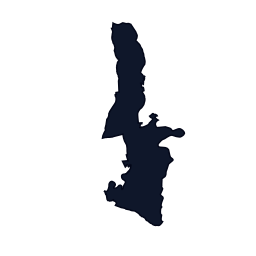 Cuci, Mures, Romania (Equal Earth projection), rotated 155°
{"feature_id": "2599482B99842368933543", "entity_name": "Cuci", "entity_type": "district", "adm_level": 2, "iso_a3": "ROU", "parent_name": "Romania", "parent_adm1": "Mures", "projection": "equal_earth", "projection_center": [24.16, 46.44], "detail": "fine", "context": "isolated", "style": "filled", "palette": "ink", "viewbox_px": 256, "rotation_deg": 155, "n_neighbors": 0, "source": "geoboundaries", "source_scale": "gbopen_adm2", "svg_char_len": 5712}
<svg xmlns="http://www.w3.org/2000/svg" viewBox="0 0 256 256"><g transform="rotate(155 128 128)"><path d="M97.2,229.4L99.8,225.0L100.1,225.0L100.8,225.2L100.9,222.7L101.3,221.3L102.0,220.5L104.0,217.4L103.6,217.3L104.6,216.0L104.7,215.9L105.0,214.5L105.1,213.0L105.5,211.4L105.5,211.1L105.3,210.5L105.3,209.2L105.7,206.9L105.8,206.4L106.5,205.3L107.7,203.8L107.8,202.3L108.5,199.1L108.5,197.0L108.1,195.9L108.3,195.3L108.1,194.9L107.3,194.4L107.5,193.1L108.5,192.7L108.9,192.3L109.3,192.2L109.8,191.8L110.8,190.4L111.7,189.5L111.7,188.9L112.5,188.1L113.2,186.3L113.2,186.1L113.5,185.5L113.7,184.8L114.3,183.7L114.3,182.8L114.6,182.0L114.5,179.7L115.0,178.6L115.0,177.6L115.4,176.2L115.7,175.8L116.2,175.4L116.4,174.9L116.7,174.6L120.9,164.4L123.9,165.2L124.3,164.5L124.4,163.3L125.5,163.6L125.9,162.6L126.0,161.7L125.9,161.2L126.0,160.5L126.7,158.8L127.8,157.1L128.5,156.4L129.9,155.4L132.9,153.6L137.6,150.6L139.5,148.8L139.5,148.3L140.4,147.1L141.2,146.2L142.6,145.1L143.4,144.9L146.5,140.2L148.8,137.4L149.2,135.9L149.4,135.4L151.6,133.8L154.0,131.6L155.4,129.6L153.3,129.2L152.3,128.9L151.1,128.4L150.8,128.4L148.8,127.5L145.9,126.5L144.6,126.4L135.2,124.6L136.2,120.8L136.6,117.6L136.4,114.4L136.4,113.3L136.5,112.7L137.3,110.2L138.5,107.5L138.9,106.5L138.9,106.2L140.0,104.0L140.8,104.3L141.3,101.9L141.8,98.3L147.0,100.2L146.9,93.8L145.9,94.2L146.0,94.6L145.5,94.8L145.4,94.6L144.2,95.1L143.3,93.3L144.1,93.0L143.8,92.5L142.1,93.2L141.6,93.9L141.0,93.2L142.8,90.4L144.4,89.2L145.7,88.7L145.4,88.2L146.2,87.9L146.2,88.0L146.7,87.8L146.9,88.2L148.3,87.6L148.4,87.3L148.9,87.4L149.4,87.5L149.5,87.2L151.3,87.9L152.6,88.1L153.5,87.8L153.9,87.4L154.3,86.6L154.6,85.6L154.6,84.6L154.4,83.8L153.2,81.8L153.0,81.0L153.0,80.4L153.1,80.0L153.7,79.3L156.8,77.1L157.7,75.7L158.3,75.2L158.8,74.9L159.4,74.9L159.6,75.1L159.6,75.4L158.4,77.7L158.4,78.3L158.6,78.8L159.1,79.4L159.9,79.6L160.4,79.7L160.9,79.5L162.6,78.8L163.6,78.6L164.2,78.6L165.1,79.0L165.9,79.3L166.2,79.7L166.1,80.2L166.0,80.4L164.5,81.0L164.1,81.3L163.4,82.2L163.3,82.7L163.3,83.4L163.6,84.5L164.7,86.0L165.4,86.5L166.3,86.6L166.7,86.6L167.9,86.0L168.5,85.5L169.0,84.9L170.0,82.9L171.6,81.0L172.9,79.9L173.7,79.6L174.6,79.6L175.3,80.1L175.6,80.7L176.1,80.5L175.9,80.1L176.2,77.3L175.7,77.2L176.4,74.5L176.9,72.8L177.1,72.0L176.9,70.8L176.2,70.5L175.5,69.6L174.9,69.4L174.3,69.4L173.3,68.9L172.3,69.3L171.5,69.1L171.7,68.4L171.7,68.1L170.5,66.8L170.3,66.1L170.2,64.6L172.1,63.2L169.3,60.4L167.8,58.8L166.9,58.2L164.7,56.5L164.2,55.5L162.6,54.3L161.2,53.3L159.9,51.9L159.2,51.4L157.4,50.3L156.6,49.6L154.7,46.5L154.3,45.7L153.8,43.6L153.2,42.8L152.9,41.9L152.1,41.4L150.8,39.4L150.6,38.7L150.5,37.3L150.3,36.5L149.0,35.0L148.6,33.7L147.7,32.1L147.2,31.7L146.5,30.7L146.3,30.0L145.2,28.8L144.1,28.0L143.0,27.7L141.3,26.7L140.4,26.6L139.7,26.8L138.0,27.4L136.2,28.5L136.9,29.4L136.9,30.6L136.1,32.4L134.4,34.9L134.8,35.7L134.8,36.4L134.2,38.2L132.9,40.6L131.9,41.6L130.9,42.1L130.8,42.5L130.9,43.9L130.5,44.5L129.0,46.4L125.9,49.5L125.7,50.3L125.7,50.8L126.4,52.3L126.7,52.4L126.7,54.3L123.7,56.9L122.3,58.3L122.3,59.1L122.5,59.9L122.3,60.8L121.6,61.9L121.3,62.7L119.1,66.9L119.2,67.4L118.2,67.8L115.1,68.4L114.6,68.7L114.1,69.1L113.3,70.0L112.2,72.0L111.8,72.6L110.1,74.3L106.8,77.9L106.2,78.3L105.3,78.6L101.5,79.6L101.0,79.8L100.7,80.2L100.6,80.5L100.8,81.3L101.7,83.1L101.9,83.7L101.9,84.4L101.7,85.9L100.5,91.1L100.6,91.6L101.2,93.1L102.5,94.4L104.0,95.3L107.2,97.1L108.1,97.9L108.2,98.3L108.3,99.3L108.0,100.2L107.7,100.5L106.4,101.4L102.8,102.8L101.3,103.0L99.4,102.9L96.5,103.3L93.7,103.5L92.8,103.4L91.8,103.2L91.2,102.9L90.6,102.5L87.9,100.0L86.3,98.9L85.2,98.2L84.2,97.8L83.2,97.8L81.7,98.0L80.6,98.3L79.8,98.8L79.2,99.2L78.9,100.2L79.0,101.3L79.5,102.9L80.7,104.8L81.2,105.2L82.0,105.7L83.2,106.0L87.7,106.3L88.6,106.5L89.1,107.1L89.5,109.0L90.2,110.1L93.6,113.2L100.9,115.8L101.5,116.2L101.8,116.6L102.0,117.1L102.0,117.8L101.8,119.6L101.5,120.2L100.8,121.1L99.9,121.8L99.0,122.2L97.3,122.4L97.7,123.0L98.2,123.6L98.4,124.2L98.8,125.0L98.9,125.5L99.4,125.9L99.4,126.2L98.8,126.4L98.3,126.7L97.1,126.9L96.4,126.7L96.4,127.2L96.7,127.7L97.3,128.6L98.1,129.1L99.0,129.4L99.1,130.3L99.7,130.6L101.4,130.0L103.4,129.6L103.1,128.2L102.4,127.2L101.5,126.4L101.7,125.8L102.7,124.9L105.7,123.7L106.3,123.6L107.3,122.8L108.3,122.4L109.8,122.3L112.0,122.3L114.2,122.5L114.7,122.5L116.1,122.9L115.7,123.2L117.0,123.7L115.1,126.5L113.7,126.0L113.2,126.8L116.6,128.1L114.8,133.2L113.8,135.8L113.0,137.3L112.6,137.8L111.4,138.8L109.5,140.0L107.2,140.6L106.0,141.2L103.8,142.6L101.3,145.6L100.5,147.1L100.3,147.6L100.3,148.3L100.0,148.9L99.6,150.0L99.6,151.6L99.9,153.9L99.7,154.9L99.5,155.0L99.2,155.1L98.4,155.1L97.8,155.1L97.2,157.0L97.4,157.5L97.2,157.6L97.0,158.2L97.4,158.7L98.5,159.1L97.6,161.6L97.5,162.2L97.6,162.9L97.6,163.2L97.4,163.2L97.5,163.0L97.0,162.2L96.6,161.9L96.0,161.8L95.6,161.2L94.5,163.2L94.7,163.4L94.8,163.9L94.8,164.0L94.7,164.1L94.3,164.0L94.1,164.1L94.0,164.6L93.7,164.7L93.1,164.6L92.2,165.9L92.3,166.1L92.5,166.1L92.4,166.5L92.9,166.5L92.9,166.8L92.0,166.9L91.9,166.7L91.8,167.0L91.6,167.1L91.5,167.3L91.1,167.5L91.2,168.0L91.8,168.2L92.3,169.0L92.4,170.2L93.2,172.1L93.3,172.5L93.2,172.9L92.0,174.4L90.4,175.8L87.8,177.7L86.0,178.7L84.9,180.4L84.4,181.4L83.6,184.6L83.5,185.8L83.0,187.4L82.6,188.5L82.5,190.8L82.3,191.3L81.9,193.3L82.3,196.2L82.2,196.8L82.2,198.5L82.7,200.3L83.2,201.4L83.4,202.4L83.8,203.3L83.9,203.8L83.8,204.4L82.0,205.8L81.0,207.3L80.7,207.8L80.5,208.8L80.5,210.5L80.4,212.0L81.7,220.9L82.4,221.4L83.0,222.2L83.7,222.6L85.6,223.3L86.6,224.1L87.4,224.8L88.4,225.5L88.9,225.5L91.6,225.4L92.8,225.6L93.6,225.9L94.9,226.8L96.9,228.9L97.2,229.4Z" fill="#0f172a" stroke="#020617" stroke-width="1.5"/></g></svg>